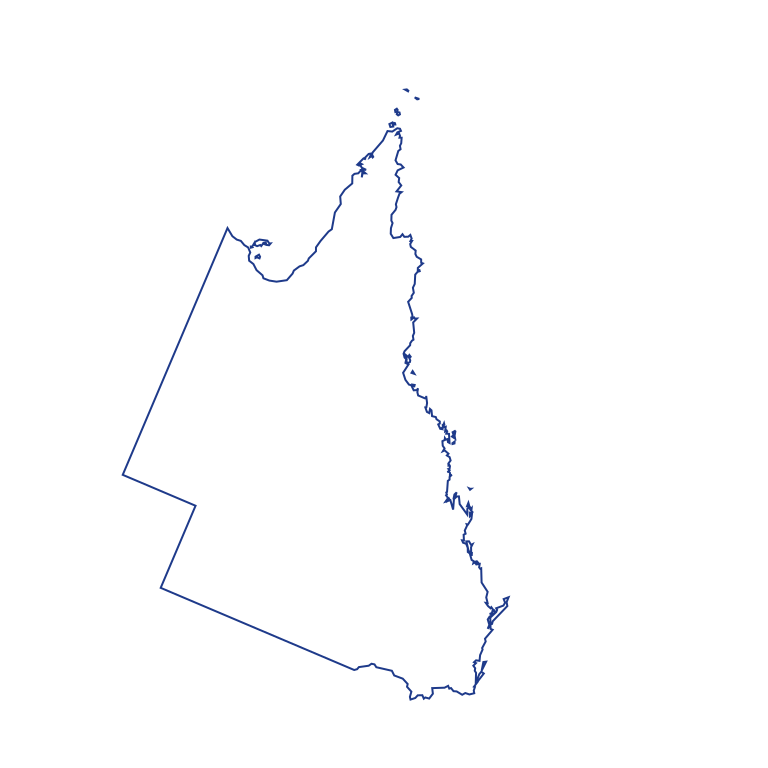 SVG path tracing the border of Queensland, rotated 23°
{"feature_id": "AUS-2657", "entity_name": "Queensland", "entity_type": "State", "adm_level": 1, "iso_a3": "AUS", "parent_name": "Australia", "parent_adm1": "", "projection": "mercator", "projection_center": [147.106, -19.205], "detail": "fine", "context": "isolated", "style": "outline", "palette": "blue", "viewbox_px": 768, "rotation_deg": 23, "n_neighbors": 0, "source": "natural_earth", "source_scale": "10m", "svg_char_len": 6191}
<svg xmlns="http://www.w3.org/2000/svg" viewBox="0 0 768 768"><g transform="rotate(23 384 384)"><path d="M179.0,301.6L186.7,307.2L192.0,308.6L196.3,308.2L201.1,310.7L205.6,311.4L209.5,315.2L209.4,318.9L211.7,323.2L216.9,324.6L222.2,329.0L229.7,331.4L231.7,333.8L238.0,333.6L245.1,331.8L254.0,326.4L256.7,318.1L256.7,314.8L260.3,308.7L263.3,306.1L265.8,300.4L265.7,297.8L269.5,288.4L268.0,284.8L269.7,277.1L273.4,265.3L275.5,261.9L271.8,245.3L273.9,235.2L270.4,228.5L272.0,220.5L276.4,211.8L273.5,204.6L274.7,202.1L278.0,200.1L279.4,196.0L281.3,197.4L282.8,202.5L282.0,198.4L284.7,197.3L279.8,195.7L283.8,193.8L279.1,193.6L276.4,191.6L277.7,190.3L275.5,190.1L275.5,192.2L276.5,192.7L273.7,192.6L277.0,184.3L279.4,184.4L277.9,183.6L280.0,178.2L282.2,176.8L282.3,180.9L283.5,179.0L285.0,179.9L285.3,179.1L283.2,177.3L283.1,175.2L287.9,160.2L288.4,149.8L293.0,148.4L296.3,143.4L299.0,142.8L300.7,144.4L298.0,147.1L297.7,149.7L300.0,147.5L301.8,149.3L302.0,151.2L304.0,150.4L305.8,155.7L305.6,158.5L307.5,161.4L306.1,163.9L307.2,173.6L310.6,176.2L313.6,175.4L317.4,177.1L313.1,182.0L312.9,186.9L317.5,188.5L318.6,192.4L322.3,194.5L320.3,201.8L325.2,200.5L323.9,202.9L324.1,207.0L324.7,213.9L326.4,216.3L326.6,219.2L324.8,225.3L326.9,230.7L329.0,232.5L329.5,237.8L331.5,243.1L335.6,246.0L341.5,242.3L342.5,238.9L345.2,240.6L348.8,238.9L350.0,236.5L352.6,239.3L352.5,242.0L353.9,241.4L353.4,244.9L355.1,247.3L361.0,248.8L362.1,252.1L364.4,254.1L369.5,254.8L370.9,257.9L372.7,257.8L369.8,263.9L370.7,266.2L372.1,265.3L372.8,266.2L371.1,267.6L370.0,271.1L373.2,279.9L373.0,284.1L375.8,288.4L375.0,292.2L375.9,293.9L374.1,298.9L382.6,308.7L384.1,311.1L383.1,312.1L384.0,313.9L385.7,311.0L386.8,311.7L388.8,310.8L386.8,315.9L391.8,325.1L391.8,328.5L393.8,331.7L392.8,333.2L392.2,336.2L392.9,338.1L390.1,345.8L390.2,348.5L392.6,351.6L394.8,352.5L395.5,356.2L398.9,356.5L397.2,366.2L402.1,371.8L407.2,374.8L409.6,374.5L413.8,378.2L416.6,376.8L417.0,374.7L417.9,378.5L419.9,381.2L427.4,381.2L428.2,380.3L427.5,378.5L431.1,384.7L432.1,388.9L431.2,389.4L434.4,392.9L437.0,393.1L436.1,389.0L438.0,389.7L440.8,394.8L444.6,394.2L446.1,395.9L450.0,396.7L450.8,398.6L449.7,400.0L453.3,403.3L454.9,402.9L453.8,402.3L455.3,401.4L454.4,399.4L456.5,400.0L457.5,399.2L458.8,403.7L459.8,402.3L460.7,402.9L460.7,405.4L463.3,404.5L467.4,412.7L465.6,412.5L464.0,409.9L462.7,411.0L461.2,410.0L461.8,411.8L460.1,413.8L462.2,417.9L464.9,419.6L464.5,422.8L465.8,421.4L470.6,423.0L469.8,425.2L473.0,425.7L475.2,428.4L474.3,432.1L475.2,433.8L475.8,433.0L476.8,433.8L477.5,436.5L476.6,437.1L478.1,437.9L476.8,440.3L478.2,439.4L479.5,440.1L480.4,442.4L481.9,441.0L480.7,443.9L481.7,446.4L480.6,448.2L484.2,458.7L483.7,459.5L485.1,461.2L484.6,462.2L487.5,464.0L486.6,468.3L490.5,465.0L496.7,472.6L493.4,462.7L494.9,459.1L496.9,458.2L500.6,465.0L511.5,471.6L509.5,466.4L510.4,463.4L512.2,464.0L511.9,465.4L512.9,466.1L513.3,464.4L514.0,466.7L515.4,467.3L514.5,469.0L513.2,469.0L514.7,472.1L515.8,469.3L517.2,474.1L516.2,480.6L514.9,480.8L515.8,481.8L515.6,487.3L517.6,489.9L516.2,491.6L518.7,496.8L516.9,497.4L518.8,499.2L522.1,499.0L525.1,502.1L526.8,505.9L529.1,506.4L533.4,511.7L536.0,512.1L536.3,514.1L537.2,512.8L540.1,514.3L538.1,511.4L538.7,510.9L541.1,512.0L540.8,513.2L542.4,512.2L543.2,515.6L544.8,516.5L545.5,515.7L551.4,528.6L560.6,534.8L561.5,540.5L565.0,545.2L563.2,545.7L566.6,547.8L569.7,548.8L570.0,547.5L572.3,548.9L572.8,552.6L571.1,554.4L573.6,553.2L573.7,555.0L572.1,556.8L571.5,560.2L575.1,564.6L575.1,568.8L576.2,564.4L577.8,567.8L580.0,567.8L576.5,579.0L578.2,581.3L577.5,588.7L578.5,589.9L578.4,596.0L580.1,601.5L576.7,602.4L575.6,604.9L577.7,605.0L576.3,608.4L579.0,610.0L579.6,612.5L581.6,613.9L585.2,623.2L586.3,622.7L585.1,627.5L586.1,627.4L586.4,631.1L587.9,633.4L583.9,636.4L579.6,636.7L577.4,639.5L571.0,638.6L568.0,639.6L564.5,637.7L563.1,638.9L561.0,636.8L558.4,639.9L547.2,645.1L550.0,650.0L548.5,655.9L544.5,656.4L543.6,658.1L540.9,655.5L536.7,657.4L535.5,660.8L531.7,664.1L530.1,661.9L529.4,656.5L523.5,653.7L523.0,650.9L516.4,647.9L507.3,648.3L503.3,644.9L487.6,647.7L484.8,645.8L481.8,646.4L480.0,649.3L471.5,654.4L470.7,657.0L468.3,658.9L258.1,658.9L258.1,569.7L179.0,569.7L179.0,301.6ZM584.3,540.2L576.8,559.9L577.2,562.6L576.0,563.8L573.1,557.5L576.4,550.1L576.4,547.7L574.9,546.6L580.5,541.3L580.9,538.0L578.2,535.2L582.0,531.6L582.1,536.9L584.3,540.2ZM224.7,298.9L224.0,301.2L221.4,301.9L219.9,300.0L218.2,301.0L219.2,302.0L217.8,302.1L217.1,305.0L215.8,304.4L213.3,306.7L211.3,306.6L210.0,304.9L210.1,306.9L209.2,307.5L209.7,303.7L212.9,299.7L220.7,297.6L223.6,299.5L224.7,298.9ZM527.9,500.2L529.7,504.2L527.5,505.1L521.3,496.7L523.7,495.6L527.0,498.1L528.1,496.8L527.9,500.2ZM398.9,351.9L399.3,353.6L398.1,355.2L395.8,354.8L395.2,352.3L392.5,348.7L395.7,349.6L396.0,347.4L397.9,348.5L397.3,350.4L398.9,351.9ZM586.0,610.8L589.0,611.5L586.6,620.6L585.2,620.7L585.1,613.8L586.0,610.8ZM585.9,609.7L584.1,601.1L586.5,599.7L585.9,609.7ZM289.5,140.1L291.9,143.4L289.4,144.9L287.4,142.6L289.5,140.1ZM220.2,315.3L220.3,317.0L217.5,317.0L216.5,318.2L216.0,317.0L218.4,313.8L220.2,315.3ZM292.2,128.0L293.3,129.6L292.1,131.2L290.3,130.7L290.1,128.4L292.2,128.0ZM470.8,406.5L467.1,405.8L468.7,401.9L469.2,404.1L470.8,406.5ZM289.5,126.4L289.5,128.1L288.2,129.2L287.0,127.4L288.2,125.6L289.5,126.4ZM300.3,108.2L305.1,107.8L303.3,109.0L300.3,108.2ZM493.2,455.4L493.5,458.8L492.5,460.7L492.0,458.2L493.2,455.4ZM508.1,460.4L510.1,462.9L508.2,464.0L508.1,460.4ZM468.1,398.9L467.0,402.7L466.0,401.6L468.1,398.9ZM289.9,103.9L291.8,104.5L291.8,105.2L288.4,104.8L289.9,103.9ZM405.3,360.9L408.0,362.8L405.0,363.0L405.3,360.9ZM412.6,372.9L412.8,374.3L411.6,374.6L410.5,373.4L412.6,372.9ZM291.4,139.7L292.2,139.6L293.0,140.7L291.7,141.4L291.4,139.7ZM530.6,504.3L531.9,508.0L530.5,505.8L530.6,504.3ZM488.3,463.9L489.3,464.6L488.2,466.7L487.8,465.2L488.3,463.9ZM471.5,409.4L472.1,411.2L470.5,412.5L470.1,411.8L471.5,409.4ZM454.6,396.7L455.4,397.8L455.1,399.0L454.6,398.9L454.6,396.7ZM503.2,446.8L504.4,446.8L505.2,446.4L504.5,447.7L503.2,446.8ZM207.7,309.5L208.8,309.1L209.5,309.5L208.2,310.5L207.7,309.5ZM573.3,548.6L574.7,550.0L574.4,550.3L573.3,548.6Z" fill="none" stroke="#1e3a8a" stroke-width="2"/></g></svg>